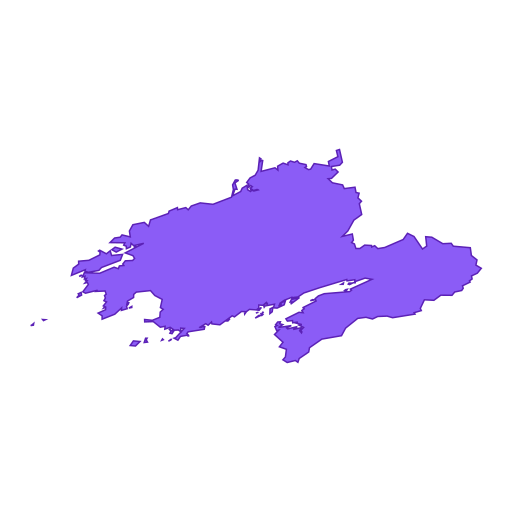 outline of Kenmare Lea-6, Kerry, Ireland
{"feature_id": "5873133B7020974913459", "entity_name": "Kenmare Lea-6", "entity_type": "district", "adm_level": 2, "iso_a3": "IRL", "parent_name": "Ireland", "parent_adm1": "Kerry", "projection": "natural_earth1", "projection_center": [-9.998, 51.923], "detail": "fine", "context": "isolated", "style": "filled", "palette": "violet", "viewbox_px": 512, "rotation_deg": 0, "n_neighbors": 0, "source": "geoboundaries", "source_scale": "gbopen_adm2", "svg_char_len": 6100}
<svg xmlns="http://www.w3.org/2000/svg" viewBox="0 0 512 512"><path d="M342.4,162.3L339.5,149.5L336.4,150.5L337.9,156.7L328.4,161.5L329.3,166.0L314.1,163.6L310.6,169.2L308.4,169.6L304.9,167.5L306.5,166.5L306.0,164.6L299.3,163.2L297.3,160.8L294.5,162.3L290.5,161.0L287.9,162.8L288.0,164.8L283.1,163.1L277.6,166.2L277.9,170.1L275.0,167.8L261.1,171.4L262.7,160.6L260.5,160.1L261.6,160.3L259.9,161.8L259.6,158.1L261.5,159.2L259.5,157.9L258.1,170.2L255.2,175.2L250.1,177.9L246.7,182.5L248.7,184.0L248.8,187.0L250.7,185.5L252.3,186.7L250.2,188.1L253.5,190.5L256.9,189.5L257.8,189.6L258.2,189.9L253.8,191.0L250.8,189.7L251.2,190.8L250.5,191.5L247.6,189.7L247.1,185.2L242.2,188.2L240.7,191.5L232.6,195.8L235.0,189.1L237.0,189.3L234.9,182.9L237.8,180.9L236.7,180.0L238.9,180.5L237.0,179.9L235.3,180.0L232.6,184.9L233.4,189.5L231.5,197.2L213.0,204.3L200.2,202.9L191.3,206.0L188.2,209.8L185.8,207.6L177.6,209.7L177.4,207.6L169.1,211.1L168.4,213.5L150.5,219.9L148.6,226.3L144.3,222.4L132.9,224.7L129.4,231.0L130.3,236.9L122.0,234.9L120.2,237.2L114.6,238.0L110.0,242.6L124.9,242.8L123.7,245.2L126.3,246.2L126.4,248.7L130.4,247.0L131.1,243.3L133.6,245.6L143.8,243.3L125.2,252.9L132.9,255.6L134.6,258.4L132.6,260.5L125.3,260.8L122.8,264.0L123.8,265.5L119.4,265.9L118.3,268.7L114.1,267.2L99.6,273.3L84.4,272.7L82.4,277.0L85.0,276.2L84.4,279.1L86.5,278.5L85.5,280.5L87.1,280.7L84.9,283.1L87.4,282.5L88.3,284.5L82.8,291.8L85.5,293.2L97.6,290.2L96.2,291.4L105.1,291.0L106.2,294.2L104.5,295.5L105.4,298.0L103.9,300.7L106.5,301.9L103.3,305.9L104.8,306.6L103.6,308.1L105.7,307.4L105.6,309.7L98.1,313.1L102.1,315.8L102.1,319.2L114.8,314.2L121.6,307.9L121.4,310.4L127.2,308.7L126.5,306.2L128.3,304.1L128.8,302.7L128.0,302.6L128.2,303.7L126.9,304.1L127.5,301.1L133.6,297.5L133.7,294.4L136.3,292.1L150.5,290.6L154.8,295.5L162.2,299.4L160.4,307.6L163.2,309.3L160.2,312.1L159.8,317.3L152.3,320.3L144.6,319.5L144.7,321.9L153.3,321.6L160.3,327.2L165.1,326.3L164.8,329.2L170.2,327.3L173.2,329.4L172.2,330.3L178.4,330.0L180.8,331.8L180.7,328.1L184.3,328.4L175.7,337.7L174.1,338.2L177.9,340.2L180.5,336.4L188.3,335.0L186.8,333.5L188.2,331.8L204.2,329.3L204.8,326.6L203.3,326.4L203.3,326.8L202.7,326.6L201.3,327.3L200.0,327.5L199.8,327.3L205.7,323.7L208.1,325.2L211.5,322.0L211.9,323.9L219.9,324.8L232.2,315.8L234.4,316.9L241.5,311.5L246.3,311.7L249.4,309.4L256.4,309.9L258.7,308.1L258.8,305.0L263.0,305.3L267.0,301.9L265.3,304.1L267.3,303.7L266.9,305.6L274.5,304.2L273.7,307.0L270.0,308.9L269.9,313.6L272.2,311.8L272.8,307.8L277.1,308.1L284.2,304.8L285.3,301.2L281.0,302.7L281.2,305.0L278.5,306.2L281.1,304.0L279.6,304.4L280.1,303.1L284.4,300.2L292.6,297.0L291.2,298.5L293.8,297.4L297.9,297.0L303.8,293.0L319.3,287.8L346.8,279.5L347.0,280.9L354.8,279.7L354.8,281.7L365.1,278.1L372.0,279.3L350.4,289.1L351.5,290.2L349.7,291.6L324.2,293.7L318.4,295.9L315.1,298.7L316.1,301.0L302.5,307.8L303.8,307.8L304.2,308.8L301.8,310.5L303.1,312.7L299.0,312.3L285.9,318.8L287.4,321.1L292.5,320.6L292.7,322.8L297.8,322.0L296.0,323.1L301.8,324.5L299.1,325.2L303.6,327.4L300.4,330.8L301.3,331.1L301.9,331.9L301.5,332.9L299.6,330.7L301.2,327.7L293.2,329.5L297.3,326.6L287.7,328.9L286.6,327.9L291.3,325.6L278.4,327.5L282.8,324.6L279.6,323.7L280.4,321.8L277.7,322.0L275.6,324.7L277.2,325.5L274.9,326.6L276.6,330.5L278.8,330.1L274.5,334.5L283.0,342.2L279.4,346.8L286.4,349.3L285.4,357.0L282.9,359.8L287.2,362.5L295.3,360.5L297.9,362.3L299.2,358.5L308.7,352.0L309.5,347.7L321.9,339.1L341.5,335.7L345.6,328.1L357.7,318.4L366.0,317.3L372.5,319.0L377.7,316.5L387.1,316.1L392.6,317.7L415.0,314.1L414.1,312.7L421.3,310.6L420.3,308.4L424.4,299.8L433.9,300.3L440.8,295.2L452.0,295.3L454.7,292.0L461.7,290.5L463.2,288.3L462.5,285.8L470.1,282.1L469.4,280.9L472.1,279.0L471.5,275.9L477.3,273.2L481.3,268.3L475.9,265.1L477.0,259.9L471.4,255.5L470.3,247.7L453.3,246.2L451.2,243.3L442.8,243.7L431.8,237.2L425.7,236.7L426.7,246.1L422.5,249.0L414.0,236.5L407.5,233.3L403.2,239.5L384.7,247.5L377.8,248.6L374.7,245.7L371.7,247.0L371.5,245.5L364.7,245.1L359.9,248.5L355.9,248.5L354.4,243.9L351.6,242.6L353.4,240.2L352.3,234.0L342.3,236.4L347.8,231.0L353.9,220.1L361.7,214.5L359.3,203.7L361.5,201.2L357.9,197.9L359.1,193.2L356.0,192.5L355.0,187.2L344.3,188.6L342.6,184.9L332.4,182.8L328.1,178.7L331.5,178.4L338.1,172.0L335.2,169.1L332.0,170.0L331.4,166.5L339.7,165.2L342.4,162.3ZM99.8,254.9L88.9,260.3L78.6,261.2L78.7,264.1L73.3,268.1L71.4,275.4L85.3,269.7L84.9,271.1L88.3,272.3L98.9,270.4L101.5,267.5L120.3,260.3L122.6,254.4L111.6,255.5L110.2,250.8L106.4,253.8L99.7,250.2L98.5,251.0L100.1,252.2L99.8,254.9ZM135.5,346.0L140.0,341.5L133.4,340.9L130.2,345.5L135.5,346.0ZM299.5,297.6L291.4,299.5L290.1,302.1L292.9,302.0L290.6,304.2L299.5,297.6ZM116.2,252.1L122.0,249.1L115.1,247.2L111.8,249.7L116.2,252.1ZM81.1,292.4L78.2,293.8L79.1,295.1L76.7,297.7L81.6,295.1L81.1,292.4ZM144.2,342.5L147.5,342.1L146.2,339.8L147.1,338.2L145.6,338.2L144.2,342.5ZM171.3,330.6L169.9,333.2L172.0,333.7L173.6,331.3L171.3,330.6ZM258.8,315.4L255.2,318.1L261.0,315.3L258.8,315.4ZM259.1,310.3L261.4,307.5L256.8,310.0L259.1,310.3ZM33.7,323.4L32.2,324.7L30.7,325.6L33.4,325.2L33.7,323.4ZM131.8,306.4L128.8,308.1L131.8,307.5L131.8,306.4ZM352.6,283.1L348.9,283.1L348.2,284.1L349.5,284.6L352.6,283.1ZM347.3,289.3L345.5,289.7L344.6,290.5L346.3,290.9L347.3,289.3ZM227.9,321.0L230.0,318.7L227.2,321.0L227.9,321.0ZM168.4,341.2L170.8,340.0L171.6,338.9L168.4,341.2ZM352.7,282.8L355.2,282.8L355.3,282.3L352.7,282.8ZM312.6,299.6L310.3,300.7L314.7,299.9L312.6,299.6ZM343.2,284.3L343.5,283.0L341.3,284.3L343.2,284.3ZM263.8,305.8L264.2,307.2L265.3,305.8L263.8,305.8ZM261.2,314.0L261.9,315.4L262.8,314.6L261.2,314.0ZM136.4,245.5L134.4,245.8L134.4,246.5L136.4,245.5ZM42.6,319.5L43.5,320.6L45.4,319.7L42.6,319.5ZM262.9,312.2L261.8,313.5L263.2,312.7L262.9,312.2ZM163.3,339.7L162.5,338.9L161.7,340.3L163.3,339.7ZM170.2,330.3L170.1,329.0L169.4,329.5L170.2,330.3ZM82.2,275.1L80.6,275.4L79.2,276.4L81.1,275.8L82.2,275.1ZM244.6,313.3L244.7,314.1L245.4,313.1L244.6,313.3ZM188.3,335.9L188.1,335.4L187.0,335.7L188.3,335.9ZM256.5,312.8L255.9,313.1L258.5,312.2L256.5,312.8Z" fill="#8b5cf6" stroke="#5b21b6" stroke-width="1.5"/></svg>